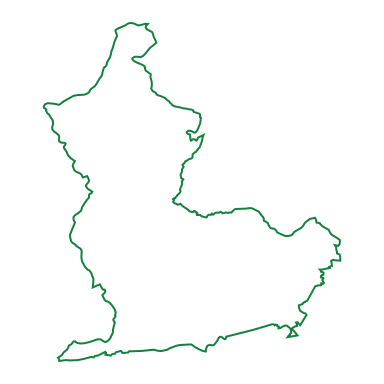 the district of Bozioru, Buzau, Romania
{"feature_id": "2599482B64947302268999", "entity_name": "Bozioru", "entity_type": "district", "adm_level": 2, "iso_a3": "ROU", "parent_name": "Romania", "parent_adm1": "Buzau", "projection": "robinson", "projection_center": [26.468, 45.407], "detail": "fine", "context": "isolated", "style": "outline", "palette": "green", "viewbox_px": 384, "rotation_deg": 0, "n_neighbors": 0, "source": "geoboundaries", "source_scale": "gbopen_adm2", "svg_char_len": 5931}
<svg xmlns="http://www.w3.org/2000/svg" viewBox="0 0 384 384"><path d="M306.5,315.0L305.7,313.6L303.4,312.9L300.1,310.7L299.0,307.6L298.9,305.3L302.4,304.1L303.5,302.6L305.0,302.1L305.1,301.7L307.3,300.7L315.2,286.3L316.6,286.0L317.9,285.4L321.2,285.2L321.3,283.3L322.9,283.9L323.9,282.9L322.3,280.0L323.5,278.3L323.4,278.1L322.9,277.6L321.1,277.5L320.8,276.8L321.2,275.6L321.8,275.1L323.4,274.8L323.5,272.5L320.9,271.7L320.8,270.6L319.9,269.6L321.9,269.6L329.5,268.0L328.7,267.3L329.0,266.9L332.0,266.0L331.2,260.8L333.5,259.8L335.3,260.4L340.3,260.6L340.2,256.4L339.8,254.9L339.5,254.4L336.9,253.4L337.0,251.7L336.4,250.2L336.1,246.7L335.3,246.1L334.8,245.1L338.4,245.8L339.5,244.2L339.8,243.0L339.8,239.9L334.0,236.0L331.7,234.9L330.0,232.5L328.6,229.7L323.6,227.0L321.8,225.7L320.0,223.7L320.0,223.4L318.9,222.9L316.5,222.6L315.9,219.5L315.0,217.8L310.1,218.9L308.4,220.0L305.0,222.7L302.7,226.4L301.0,228.0L294.6,231.7L293.4,232.9L292.6,234.3L291.3,235.4L288.0,236.0L284.9,235.9L278.6,233.1L277.0,232.1L276.1,230.4L274.3,228.8L271.1,228.3L270.3,227.7L269.0,225.9L267.7,223.0L266.2,221.9L263.9,220.8L263.7,218.5L263.4,217.6L259.9,213.3L259.2,212.0L258.4,211.4L252.0,208.3L249.3,208.1L246.1,208.6L235.7,209.0L234.3,209.5L231.3,212.6L229.2,212.5L227.9,212.9L226.1,212.5L222.7,213.3L220.7,211.8L218.9,212.7L215.8,212.7L214.0,213.8L213.4,214.6L212.7,214.6L211.9,213.6L210.9,214.8L208.7,214.8L207.2,216.0L206.9,217.2L205.8,217.5L203.6,216.7L202.0,216.5L200.0,214.9L197.0,215.0L196.7,214.3L197.4,213.4L197.4,213.1L196.6,212.8L196.3,212.2L195.0,211.7L194.7,211.0L193.9,211.0L192.7,212.2L189.2,211.2L188.2,209.8L182.2,205.8L180.5,203.8L177.8,204.8L175.6,203.4L174.4,203.3L173.8,202.6L173.1,201.7L174.0,200.0L173.0,199.1L173.7,198.4L175.1,198.2L175.4,197.3L176.4,196.7L177.0,195.5L179.3,193.4L180.2,192.1L180.6,191.0L180.0,189.8L180.1,189.2L182.1,184.1L181.8,181.5L183.3,179.4L181.3,178.2L180.6,175.2L180.6,174.4L182.1,171.4L182.0,169.3L183.6,167.0L182.5,165.2L182.5,164.7L184.2,163.3L185.2,161.4L186.6,160.9L188.7,159.3L191.8,158.3L192.5,157.3L192.6,154.4L194.7,152.4L195.8,152.0L199.9,146.8L201.7,141.7L202.8,136.9L203.5,135.0L198.1,137.7L196.7,140.4L196.2,140.6L194.5,139.3L193.2,139.1L190.9,140.6L190.5,139.5L190.0,134.5L187.6,133.8L186.7,132.6L186.8,132.0L188.1,130.9L189.1,130.7L191.4,131.1L194.4,132.6L195.2,132.6L195.8,132.2L197.4,130.2L200.2,123.4L200.9,117.8L200.0,117.2L199.9,116.6L200.2,115.3L200.0,114.3L199.0,113.6L193.7,111.9L193.4,111.6L193.4,110.6L192.0,109.7L187.7,109.1L187.1,108.7L182.9,108.3L180.9,107.6L175.2,106.5L173.3,105.7L172.1,105.0L171.5,104.0L169.9,102.7L169.1,101.4L167.3,100.2L165.1,98.0L160.2,95.9L157.5,95.1L156.6,94.5L155.6,92.7L152.9,91.3L151.2,88.8L151.7,86.7L151.9,83.4L151.4,80.5L150.4,77.1L150.8,74.3L145.7,70.6L144.8,68.0L145.2,67.5L144.8,66.5L142.3,64.8L137.4,62.8L133.9,61.0L132.4,59.4L132.3,58.6L132.6,58.1L134.6,56.8L137.3,56.7L140.4,57.2L142.8,56.1L144.4,54.7L149.9,48.0L156.3,42.8L155.9,41.3L153.6,36.5L152.9,33.7L152.1,32.1L146.7,29.2L145.9,27.9L145.6,27.0L146.0,26.0L147.8,24.0L145.4,23.8L139.1,25.4L137.8,25.3L134.0,23.5L131.1,23.0L129.1,23.2L127.9,23.6L125.1,25.5L117.3,28.8L115.5,30.2L115.4,30.8L116.8,34.7L117.0,36.3L116.0,38.0L114.6,41.5L112.2,49.7L111.4,51.1L111.1,53.3L110.0,57.3L106.9,62.4L106.8,63.9L106.3,65.7L104.0,67.7L102.9,70.7L101.9,75.4L99.3,79.0L96.3,84.2L94.7,86.3L91.0,89.0L90.1,90.0L89.5,91.7L87.9,93.2L84.8,94.6L77.4,95.1L73.4,95.9L63.6,101.4L59.6,104.5L58.7,104.8L54.6,103.8L47.7,103.2L45.0,104.3L43.8,106.5L43.7,107.1L43.9,107.8L45.9,108.9L46.3,109.6L46.0,110.4L47.5,113.4L48.8,114.3L52.8,120.6L53.1,123.7L52.1,127.6L52.4,129.5L54.3,131.8L55.8,132.7L58.7,135.3L59.1,136.1L59.2,136.8L58.8,139.5L59.3,141.4L61.2,142.6L64.2,142.8L65.5,143.4L65.3,144.8L64.1,146.2L63.8,147.1L64.1,148.2L66.4,151.4L67.9,155.1L70.7,158.2L74.9,161.1L73.2,164.0L72.7,166.0L74.1,169.6L75.5,171.4L80.2,173.5L81.3,174.4L82.9,177.5L87.1,176.1L88.0,177.6L89.1,180.5L88.5,182.0L86.0,185.3L86.0,186.3L87.2,188.1L88.3,189.2L92.3,191.7L91.5,193.1L89.6,194.1L89.0,194.9L89.1,197.4L86.1,201.0L82.1,207.1L81.1,210.8L77.2,213.8L75.5,214.8L73.7,216.7L73.4,218.6L73.6,219.7L74.1,221.0L74.8,221.9L74.9,222.6L70.0,234.8L70.1,237.1L71.2,241.3L72.6,243.0L74.8,244.1L76.3,246.0L80.5,248.7L81.7,250.7L81.4,256.8L81.7,259.8L82.3,261.9L84.7,266.3L85.9,267.8L87.7,269.7L89.6,270.6L91.5,273.5L92.0,275.7L93.4,278.5L93.4,281.3L92.7,287.5L99.8,284.4L102.3,288.8L103.1,289.7L104.8,289.7L105.3,291.2L104.9,292.5L102.3,295.2L104.6,299.7L105.7,301.0L107.5,301.5L110.0,303.0L112.1,305.6L114.7,309.3L115.5,311.6L115.7,312.7L115.0,314.9L115.6,316.1L113.3,319.5L113.4,320.3L114.8,322.4L113.0,329.6L112.9,332.6L110.0,338.6L108.1,340.6L106.8,341.5L105.2,342.1L102.7,340.9L101.2,339.6L100.3,339.3L97.5,339.3L89.7,342.0L84.4,343.2L81.1,343.5L77.7,343.1L75.9,342.2L75.4,341.5L73.6,341.4L71.3,344.3L68.9,345.6L67.7,348.7L66.4,350.2L63.6,352.5L61.9,355.1L58.0,357.7L59.1,359.2L59.2,361.0L65.6,360.1L70.6,360.4L77.6,360.1L83.9,358.9L90.8,357.0L93.9,357.3L95.1,355.9L97.8,355.6L105.2,351.9L106.0,352.6L106.2,353.2L105.5,354.0L105.4,354.7L110.8,355.6L112.2,354.1L115.0,353.7L115.6,352.4L120.8,350.9L121.2,351.0L122.0,352.5L122.7,353.0L128.2,352.5L129.2,351.2L131.8,351.3L141.9,350.9L154.0,349.7L157.1,350.6L160.9,351.1L167.1,349.8L169.2,348.5L176.2,345.8L180.0,345.0L190.9,344.4L192.4,345.1L195.3,347.3L200.1,349.8L203.1,351.1L205.8,351.5L206.2,348.3L207.5,345.7L209.4,344.9L211.9,345.3L213.7,345.1L214.2,344.8L216.1,342.4L218.0,339.6L218.5,338.2L219.7,336.9L221.2,336.8L224.4,339.1L225.2,339.2L225.7,338.6L226.4,336.6L252.7,330.0L272.4,324.2L274.1,324.6L274.6,325.3L275.6,324.6L277.3,325.1L277.4,326.3L278.8,326.6L278.6,328.3L280.3,328.0L283.7,326.0L285.3,325.5L287.1,325.8L289.9,328.1L290.7,329.3L291.3,332.8L290.1,333.8L290.0,334.9L288.9,335.3L287.6,337.2L297.5,335.4L294.2,331.3L291.4,328.8L294.8,326.5L297.1,326.0L296.8,323.7L296.0,322.6L297.6,322.2L300.1,325.3L306.5,315.0Z" fill="none" stroke="#15803d" stroke-width="2"/></svg>